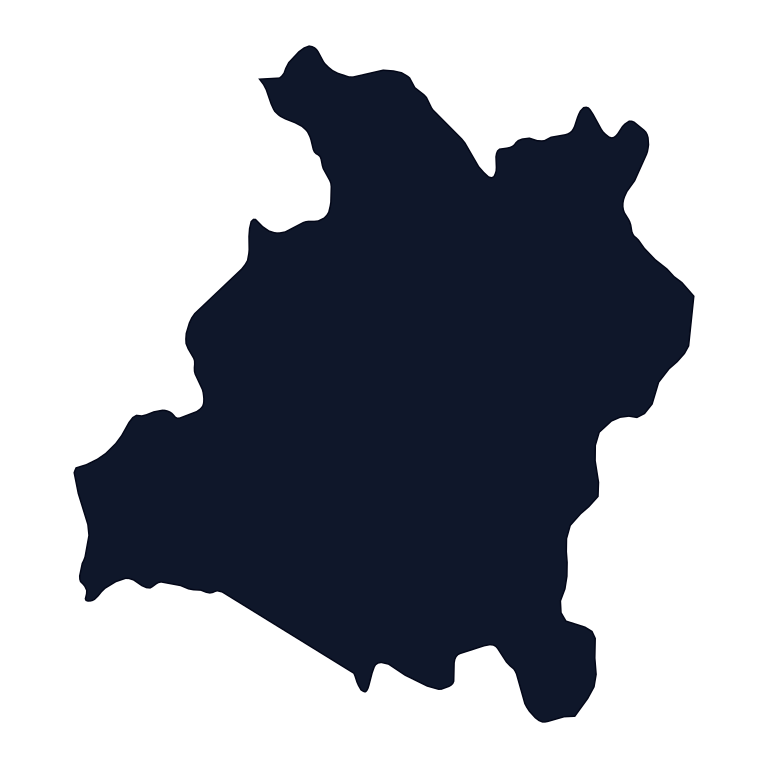 map outline of Prachin Buri (Equal Earth projection)
{"feature_id": "THA-410", "entity_name": "Prachin Buri", "entity_type": "Province", "adm_level": 1, "iso_a3": "THA", "parent_name": "Thailand", "parent_adm1": "", "projection": "equal_earth", "projection_center": [101.594, 14.089], "detail": "fine", "context": "isolated", "style": "filled", "palette": "ink", "viewbox_px": 768, "rotation_deg": 0, "n_neighbors": 0, "source": "natural_earth", "source_scale": "10m", "svg_char_len": 4155}
<svg xmlns="http://www.w3.org/2000/svg" viewBox="0 0 768 768"><path d="M87.9,601.0L86.1,600.4L85.4,598.8L86.6,593.9L86.8,590.4L84.9,586.3L83.3,584.3L80.6,581.6L79.9,579.3L79.7,576.0L82.3,563.4L83.6,560.8L84.8,557.8L85.2,556.4L89.0,535.4L87.9,524.5L78.3,493.4L74.2,472.7L74.9,470.7L76.1,467.9L86.2,464.8L97.4,459.3L105.8,453.5L115.8,443.6L121.7,435.6L129.1,422.4L132.8,417.6L136.5,415.4L141.8,416.0L146.5,414.8L153.9,411.9L162.4,410.3L164.8,410.4L167.5,411.1L169.9,412.1L171.7,413.3L173.1,414.7L175.4,417.4L177.4,418.3L179.8,418.1L196.8,411.6L200.4,409.0L202.7,406.3L203.5,403.9L203.8,401.9L203.9,398.8L203.6,395.6L203.2,392.5L202.4,389.4L195.2,374.0L194.5,371.2L194.4,367.7L194.7,364.3L194.6,360.8L193.8,358.3L188.2,348.7L186.1,343.5L185.9,339.0L186.3,333.4L189.4,323.0L191.8,317.9L194.8,313.6L241.8,269.0L245.3,264.5L247.6,260.5L248.9,253.3L249.2,249.6L249.0,236.4L249.6,228.5L251.2,221.6L253.5,219.4L255.5,219.5L262.5,226.6L268.8,231.0L274.1,232.7L277.0,233.1L279.8,233.0L285.2,232.0L303.3,222.6L305.8,221.8L308.5,221.4L314.5,221.4L318.3,221.0L324.2,218.1L326.9,215.3L328.8,212.2L330.3,205.9L330.9,202.2L331.3,186.7L330.9,183.2L329.8,180.4L323.3,168.6L322.4,165.6L321.1,159.0L320.1,156.5L318.2,154.8L316.1,153.6L314.4,151.8L313.3,149.3L311.0,139.7L310.0,136.7L308.8,134.2L307.6,131.8L305.8,129.7L302.0,126.3L295.2,122.7L285.3,118.8L280.5,116.3L278.6,114.9L274.9,111.4L273.5,109.0L271.1,103.7L266.3,89.7L263.6,84.5L259.6,79.2L279.5,78.1L281.7,76.3L284.1,73.2L285.8,68.4L288.8,62.6L298.9,51.8L304.1,48.0L309.1,46.1L312.1,46.7L314.6,47.9L316.5,49.6L318.0,51.7L323.3,61.6L324.7,63.6L328.4,67.3L332.5,70.6L337.7,73.3L348.9,77.0L353.0,77.1L383.2,70.2L393.5,71.0L401.6,72.8L407.7,76.4L409.6,78.0L414.8,87.7L424.1,95.0L426.4,97.5L431.4,107.8L432.8,109.9L461.7,139.0L464.9,143.0L478.6,166.7L483.6,172.4L488.5,177.0L491.6,177.8L493.9,176.8L495.2,174.1L496.2,171.0L496.4,167.4L496.0,156.8L496.6,153.5L497.6,151.0L499.6,149.2L506.9,148.2L510.0,147.5L512.5,146.4L514.5,144.8L516.0,142.7L518.3,140.6L522.2,139.1L529.4,138.2L537.1,140.7L541.8,141.0L544.6,140.7L551.0,137.3L565.3,134.8L567.8,134.0L570.0,132.8L571.9,131.2L573.3,129.1L574.6,126.5L577.5,117.6L578.8,114.3L580.4,111.1L583.6,107.7L586.2,107.3L588.4,108.0L590.1,109.9L593.1,114.5L601.1,129.1L602.9,131.8L605.3,134.2L608.9,137.1L611.8,138.0L614.2,137.3L616.2,135.7L617.9,133.7L622.5,126.6L624.9,124.1L629.2,121.2L631.8,121.3L634.1,122.2L643.9,130.2L645.8,132.2L647.1,134.7L648.0,137.7L648.5,144.8L648.0,148.3L647.4,151.5L646.5,154.2L634.6,180.7L626.9,191.4L624.5,196.6L623.5,199.7L622.9,203.0L622.8,206.5L623.3,209.8L624.3,212.7L628.5,219.5L629.7,221.9L630.7,225.0L631.8,231.7L632.9,234.4L634.1,236.2L636.2,237.9L638.4,240.1L644.3,248.4L655.0,259.6L667.0,269.1L673.9,276.6L681.9,282.6L693.8,296.2L688.6,345.9L684.4,353.5L677.1,361.7L669.0,368.8L658.6,382.2L652.1,404.0L644.5,413.5L636.9,417.4L628.9,416.1L620.1,417.2L611.4,421.0L599.2,432.2L595.3,445.3L595.1,460.6L598.5,482.3L598.0,496.4L588.9,506.5L580.5,513.8L570.2,525.4L566.5,538.6L566.3,551.6L567.1,562.4L566.9,576.2L564.9,588.9L560.4,600.9L561.0,612.7L565.9,621.1L585.0,627.2L592.0,631.5L595.2,638.4L594.8,658.0L596.1,674.4L594.0,686.8L587.7,698.4L574.8,716.2L564.1,716.7L547.8,721.4L545.1,721.9L542.4,721.9L539.0,720.5L535.3,717.7L529.5,711.3L526.8,707.2L524.9,703.6L516.5,673.8L515.2,671.1L513.8,668.9L510.0,665.7L506.4,661.9L497.6,648.3L495.9,646.4L493.4,645.0L489.9,644.6L484.2,645.7L460.0,653.5L457.8,654.6L456.0,656.6L454.8,659.2L454.1,662.8L453.7,681.2L452.7,683.5L450.9,685.2L448.8,686.4L441.4,689.1L438.5,689.2L427.2,686.0L405.2,675.2L388.6,664.1L381.3,662.4L378.0,663.0L375.5,664.7L374.2,666.9L372.1,672.8L368.8,685.5L367.9,688.3L366.8,690.4L366.0,691.3L365.5,691.7L364.9,691.8L363.4,691.3L361.1,689.9L358.5,685.4L357.0,682.0L355.0,675.8L353.9,673.2L222.2,591.9L217.2,590.7L214.9,591.4L212.7,592.4L209.8,592.9L206.2,592.2L200.8,590.1L193.3,589.7L188.5,588.8L180.6,585.5L161.1,581.9L158.4,582.5L156.4,583.6L152.2,586.7L150.1,587.9L146.5,587.6L141.9,585.6L133.6,579.9L128.9,578.4L125.5,578.3L115.8,581.6L105.0,588.2L101.4,591.7L98.0,595.9L94.5,599.3L92.4,600.4L90.3,600.9L87.9,601.0Z" fill="#0f172a" stroke="#020617" stroke-width="1.5"/></svg>